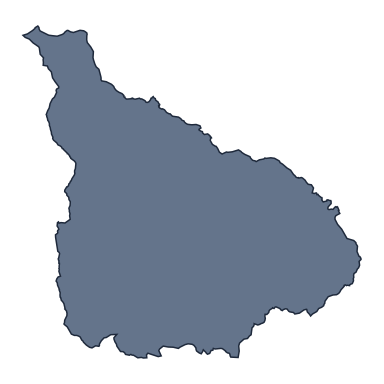 the district of Metes, Alba, Romania
{"feature_id": "2599482B52286891990585", "entity_name": "Metes", "entity_type": "district", "adm_level": 2, "iso_a3": "ROU", "parent_name": "Romania", "parent_adm1": "Alba", "projection": "orthographic", "projection_center": [23.404, 46.123], "detail": "fine", "context": "isolated", "style": "filled", "palette": "slate", "viewbox_px": 384, "rotation_deg": 0, "n_neighbors": 0, "source": "geoboundaries", "source_scale": "gbopen_adm2", "svg_char_len": 5857}
<svg xmlns="http://www.w3.org/2000/svg" viewBox="0 0 384 384"><path d="M133.5,355.2L137.8,357.8L141.4,357.4L143.4,358.0L146.8,357.8L146.5,354.8L147.9,353.2L158.2,356.6L161.2,355.9L158.8,350.6L159.6,349.0L163.2,346.1L168.2,347.0L173.1,347.2L178.4,348.4L180.1,347.1L185.1,344.6L188.1,343.8L192.2,344.3L194.0,345.4L195.9,347.9L196.1,349.7L196.6,351.0L199.0,352.8L201.2,353.8L202.5,351.8L203.3,349.8L206.0,352.5L206.3,353.2L207.5,354.2L209.7,353.4L211.1,350.4L212.8,350.3L213.3,348.4L215.1,349.0L220.7,348.4L222.3,348.6L225.6,351.0L225.6,351.5L227.5,352.9L229.1,353.2L229.8,354.0L230.2,356.0L230.8,357.1L238.1,357.5L239.2,351.1L238.7,345.9L239.6,343.0L244.0,339.1L247.5,338.5L249.4,336.0L251.1,334.8L252.0,327.9L253.6,326.2L254.3,324.2L254.2,323.7L257.8,325.0L260.0,324.3L260.3,323.9L262.9,323.0L264.1,322.2L264.9,320.5L265.3,318.3L264.9,316.6L265.1,314.3L266.8,314.5L268.7,312.6L269.2,310.6L269.9,309.8L272.5,308.2L272.6,307.8L274.0,308.5L275.2,307.0L276.1,306.9L279.8,308.5L281.0,310.0L282.3,310.6L283.4,309.6L285.4,308.8L287.0,309.0L288.8,311.3L289.9,311.9L293.5,312.5L294.8,314.0L299.5,313.1L304.0,309.9L306.3,309.3L306.7,309.4L307.3,311.9L309.6,314.4L310.6,316.0L312.5,314.0L316.8,311.5L318.7,308.5L321.6,307.3L323.7,305.7L324.0,304.3L324.7,303.5L325.0,301.2L328.2,296.7L332.9,295.0L336.6,294.7L338.7,293.4L339.8,292.0L341.0,289.8L344.2,286.2L344.1,285.4L345.3,284.9L346.4,285.6L347.2,285.2L349.5,285.6L349.5,285.1L350.7,284.2L352.3,283.6L353.5,280.8L353.3,278.6L353.8,277.4L353.6,275.4L354.0,273.5L356.0,272.2L357.4,269.0L358.6,267.8L359.6,265.2L359.1,261.4L361.0,259.5L360.9,258.2L360.6,258.1L359.9,256.6L359.0,256.3L357.0,251.5L357.5,246.2L355.9,243.5L355.9,242.6L353.7,240.5L347.0,238.5L341.7,229.2L337.6,224.4L335.0,219.3L335.0,217.3L335.9,215.6L339.8,213.5L338.4,210.7L339.0,210.3L337.4,206.6L337.6,206.3L336.4,207.2L335.7,206.7L334.9,207.2L333.0,209.4L331.3,209.1L329.0,209.6L328.0,209.1L327.8,208.1L328.2,206.8L331.1,203.6L331.1,201.6L330.8,200.6L329.5,200.5L327.9,199.8L326.8,200.1L326.8,201.0L323.2,201.9L321.7,199.9L322.1,199.2L321.9,197.6L321.2,197.5L318.6,195.4L318.0,194.4L316.9,194.6L316.7,193.3L316.2,192.9L314.2,193.5L312.2,192.9L313.5,188.0L311.4,184.8L308.2,184.3L306.4,182.3L305.1,180.2L302.5,178.0L301.3,177.5L298.8,178.1L298.5,177.6L297.5,177.8L296.2,177.3L294.7,175.4L293.6,174.6L290.6,170.2L287.0,168.0L282.5,164.1L280.0,162.6L279.6,161.4L279.0,160.8L274.5,158.3L270.8,157.8L266.0,158.4L264.9,158.0L263.8,159.0L259.4,159.8L256.1,161.6L255.2,160.9L252.6,160.3L250.6,158.1L250.0,156.7L244.8,154.4L241.7,152.4L241.0,151.5L238.5,149.9L232.3,151.8L227.9,152.3L226.4,152.0L222.1,154.0L219.4,152.2L217.6,148.4L216.1,146.3L215.3,146.2L212.4,144.4L210.2,140.4L210.7,138.3L211.5,137.9L211.1,137.1L210.2,136.8L210.2,136.2L209.8,135.6L207.7,133.9L204.3,134.5L202.6,132.9L202.4,131.6L200.7,131.1L199.0,129.9L199.0,129.3L200.9,128.0L200.0,125.8L196.1,124.5L191.7,124.8L187.6,124.3L185.8,123.3L184.5,122.1L183.9,120.9L182.1,120.3L180.7,118.6L178.5,117.1L172.4,116.2L170.1,113.8L169.1,113.8L166.6,112.5L164.5,109.8L162.6,108.8L161.8,109.1L159.5,107.9L158.9,107.2L158.6,105.7L159.0,105.3L159.4,105.6L159.7,104.4L158.7,103.5L158.1,102.0L155.7,100.2L155.3,98.6L153.9,97.8L153.2,96.6L152.2,97.4L151.7,98.3L151.1,98.2L150.3,100.1L149.0,101.7L147.6,102.4L146.1,102.3L145.1,100.8L144.0,100.1L141.7,98.9L140.5,99.0L139.5,98.2L135.2,99.2L133.7,98.9L132.6,98.1L131.8,98.3L132.0,98.7L126.7,99.1L126.0,98.8L124.7,97.5L124.8,97.1L124.1,97.0L123.6,95.6L123.8,95.4L122.0,93.6L118.8,92.2L116.3,90.5L114.5,88.3L113.7,86.4L111.5,84.3L106.2,81.7L101.7,80.9L100.9,79.4L101.1,78.2L100.8,76.5L98.9,69.3L96.2,66.9L94.9,64.2L93.5,59.9L93.0,57.7L93.4,51.6L90.7,46.9L87.3,42.6L86.7,39.9L86.8,35.7L87.1,34.3L86.8,32.9L85.1,31.6L83.7,30.8L80.0,30.3L73.4,32.5L70.4,31.8L68.2,30.5L67.2,30.4L65.2,31.8L63.8,33.5L62.4,34.4L57.2,36.2L53.4,35.8L48.7,35.2L40.2,31.0L39.2,29.3L38.9,27.4L37.8,26.0L35.1,27.7L34.9,28.5L32.6,30.5L27.5,33.9L23.0,35.3L25.2,37.4L29.3,39.1L33.1,42.9L38.6,46.7L39.3,47.8L40.2,54.3L43.5,57.8L43.1,59.8L43.4,62.3L43.2,65.3L47.4,66.0L48.4,68.8L51.3,71.8L52.6,77.9L55.0,81.6L58.7,86.5L58.7,87.9L56.6,89.1L56.1,90.3L56.6,92.5L54.4,97.2L52.4,99.0L50.1,103.6L49.2,108.0L47.7,110.7L46.2,114.7L46.7,115.5L46.8,116.8L47.3,117.8L47.8,120.4L48.7,121.6L49.4,123.6L49.4,125.5L50.2,127.5L50.5,129.5L51.3,131.9L51.5,134.1L52.9,137.2L52.7,138.6L53.6,140.2L56.8,142.9L58.0,144.9L60.4,146.0L61.5,147.0L62.3,148.6L63.3,148.9L63.6,149.6L67.3,153.2L67.3,153.7L68.2,154.0L69.8,156.1L69.7,156.6L70.6,157.5L70.8,158.4L74.4,161.0L75.5,162.4L75.9,163.6L75.4,168.6L74.6,170.7L74.6,172.4L74.9,173.1L74.4,174.9L72.0,178.6L71.1,180.9L70.5,181.2L69.8,183.0L68.9,183.8L68.4,185.8L67.1,187.0L66.7,186.9L64.8,190.1L64.7,191.7L66.7,193.6L66.9,195.3L68.7,197.2L69.0,199.6L70.3,201.7L70.1,205.4L68.9,208.2L69.4,210.6L69.3,211.4L70.0,213.8L69.6,215.8L70.2,219.3L65.0,223.0L60.9,222.6L59.1,223.2L58.5,221.9L57.5,222.6L57.1,226.0L58.5,228.2L58.8,229.4L57.7,230.5L57.5,231.2L57.8,232.6L57.5,233.3L55.5,234.8L55.6,237.3L57.8,251.3L59.1,252.4L59.6,253.6L58.7,257.9L58.3,258.5L58.4,259.9L58.9,260.5L58.9,263.3L59.4,263.4L59.4,264.3L59.1,266.3L59.3,267.1L58.9,268.6L59.3,269.2L58.9,271.3L60.5,276.2L58.1,277.0L56.8,278.9L56.1,281.1L57.2,282.6L57.6,285.3L59.4,289.4L59.1,289.7L60.2,292.8L60.0,295.0L60.2,297.2L60.6,297.4L61.4,300.5L62.4,301.3L63.9,303.6L65.1,308.7L64.8,309.0L66.4,310.8L67.0,313.2L66.9,315.7L64.7,320.2L64.5,322.7L64.0,323.8L64.1,324.3L67.2,326.8L71.4,334.1L74.4,335.4L76.6,335.4L78.5,336.0L80.2,337.0L81.7,340.0L83.0,341.1L83.5,342.2L86.4,345.1L89.6,347.3L92.0,347.9L95.6,345.8L98.9,346.3L99.4,345.6L99.4,344.1L101.3,340.8L104.1,337.8L106.3,337.5L110.7,334.7L116.8,334.4L113.9,337.8L114.0,339.2L115.0,341.9L116.4,344.1L116.9,346.2L120.5,351.5L123.3,351.7L124.8,353.0L125.5,354.4L129.4,355.2L130.9,354.4L132.0,355.1L133.5,355.2Z" fill="#64748b" stroke="#1e293b" stroke-width="1.5"/></svg>